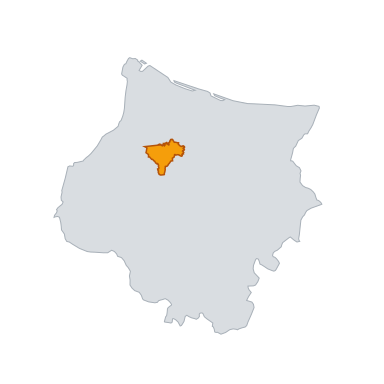 N'Zi, N'zi-Comoé, Ivory Coast shown in context, rotated 204°
{"feature_id": "98640826B73875625736421", "entity_name": "N'Zi", "entity_type": "district", "adm_level": 2, "iso_a3": "CIV", "parent_name": "Ivory Coast", "parent_adm1": "N'zi-Comoé", "projection": "albers", "projection_center": [-4.64, 7.021], "detail": "fine", "context": "in_parent", "style": "filled", "palette": "amber", "viewbox_px": 384, "rotation_deg": 204, "n_neighbors": 0, "source": "geoboundaries", "source_scale": "gbopen_adm2", "svg_char_len": 8204}
<svg xmlns="http://www.w3.org/2000/svg" viewBox="0 0 384 384"><g transform="rotate(204 192 192)"><path d="M94.4,84.6L95.6,84.6L98.7,83.7L101.5,81.6L104.2,77.3L107.7,73.9L111.7,74.2L112.9,73.5L114.3,73.4L115.9,75.7L117.6,77.4L118.8,77.5L119.7,80.8L126.9,82.2L130.0,83.1L132.7,85.5L133.6,85.6L134.7,85.1L135.5,84.3L135.7,83.4L134.6,81.2L135.1,79.2L136.3,77.5L138.2,77.4L141.0,76.9L144.2,76.9L146.6,77.3L147.6,75.5L146.7,70.6L147.0,67.9L147.4,65.7L148.3,64.8L151.9,67.6L155.2,68.7L157.5,68.8L158.2,68.2L157.2,65.1L157.5,64.2L158.3,63.6L159.9,63.3L164.1,62.1L164.5,62.3L165.3,67.2L164.9,68.8L165.8,72.2L166.9,75.3L166.8,76.5L165.9,78.4L164.8,80.2L164.9,80.9L166.6,82.1L169.8,83.4L173.1,83.7L175.0,81.9L176.9,80.4L178.3,79.1L178.7,77.2L180.8,75.7L186.9,74.0L192.4,73.7L193.7,74.3L196.2,77.0L199.4,78.9L204.2,78.6L207.7,79.8L210.8,81.8L212.8,86.5L215.0,89.8L216.0,94.5L219.5,97.0L222.2,98.2L226.0,101.6L229.8,103.4L233.8,103.0L235.7,104.8L238.7,106.1L241.7,106.1L244.3,102.2L247.8,100.6L256.5,97.4L260.0,96.0L263.5,95.0L271.9,94.7L279.8,95.7L283.7,96.4L286.3,95.9L288.9,97.8L291.5,101.7L293.6,103.0L295.8,104.3L297.5,107.5L299.4,110.6L300.4,111.9L302.8,115.0L304.8,115.0L306.8,113.7L307.7,112.7L308.1,114.7L307.3,118.0L307.5,120.0L308.6,120.8L308.0,123.4L305.7,127.9L305.7,130.5L308.0,131.3L309.6,134.1L310.6,138.9L311.6,140.5L311.7,141.4L313.4,153.0L315.6,164.6L314.3,166.1L312.5,166.6L311.3,167.1L311.0,168.2L311.7,169.8L311.2,171.2L309.0,172.3L304.1,176.0L303.8,177.4L302.5,180.6L301.4,182.5L299.9,186.1L297.3,195.5L296.4,203.3L296.3,205.7L295.3,207.4L294.2,209.8L288.9,216.5L286.2,222.0L286.6,224.3L286.7,226.7L285.9,228.4L286.1,233.0L286.7,236.9L287.7,240.7L291.6,251.4L293.6,257.9L294.9,263.2L296.0,266.7L297.0,268.1L297.5,269.5L303.2,270.4L304.3,271.2L305.9,278.0L305.7,281.1L304.6,282.3L304.6,284.9L304.3,288.2L303.5,289.4L300.3,289.6L298.1,290.9L295.2,290.4L295.0,289.6L293.4,289.3L289.1,287.5L289.8,281.5L287.9,281.3L286.3,282.1L283.3,289.2L281.9,290.4L260.6,286.8L256.0,283.8L250.4,283.2L240.8,283.5L232.8,284.4L230.5,286.2L250.6,285.1L252.8,285.3L253.8,286.4L228.4,288.8L218.7,290.2L215.8,289.8L213.7,287.5L203.1,287.2L201.0,288.0L199.7,289.7L203.8,289.3L210.4,289.2L212.1,290.5L191.6,292.1L177.4,295.3L171.4,297.7L151.5,305.4L139.4,309.0L136.3,310.4L130.7,314.2L123.7,316.5L115.7,321.0L110.8,321.9L109.8,320.5L109.7,312.9L109.1,302.7L109.4,298.9L110.0,295.2L110.1,292.2L112.5,291.0L113.1,289.8L113.5,285.8L115.8,282.2L115.9,276.0L116.5,274.7L117.1,273.0L116.1,268.9L114.9,261.1L114.3,260.6L113.8,261.0L112.5,261.1L107.5,258.4L103.7,257.9L101.0,255.6L100.9,253.0L99.6,251.4L98.7,248.4L97.4,245.0L93.6,242.8L90.1,242.3L87.5,242.7L84.6,242.6L81.2,241.4L78.9,240.1L76.7,237.5L74.7,235.5L73.0,235.7L71.0,235.2L69.1,234.3L68.4,233.6L76.7,225.6L79.5,221.7L79.9,219.3L79.9,216.8L80.8,214.4L81.1,210.6L76.6,196.7L75.5,192.5L74.3,191.2L73.5,190.7L75.8,189.0L79.0,189.5L83.9,190.9L84.9,189.5L88.6,182.6L88.5,180.0L88.2,178.2L90.4,173.5L92.1,171.6L93.0,169.6L92.7,166.9L91.5,165.9L89.8,166.1L87.7,165.4L84.7,163.8L83.1,162.4L83.6,156.1L83.9,154.2L85.0,153.0L86.7,152.8L91.5,152.6L95.4,153.3L98.8,153.8L100.6,153.8L102.1,155.7L104.0,157.6L105.8,157.6L106.4,156.2L106.0,150.0L104.9,146.7L102.3,143.5L95.6,140.7L95.4,136.9L96.1,132.9L97.6,131.3L102.6,128.8L101.8,127.4L100.2,125.9L97.0,124.3L97.8,119.4L98.0,115.1L95.3,115.5L92.5,115.8L90.2,114.4L88.3,111.7L88.0,104.4L88.0,96.0L87.7,92.3L88.5,90.3L90.8,88.5L93.4,86.1L94.4,84.6ZM292.5,290.5L291.4,292.1L286.0,291.1L287.3,289.7L292.5,290.5Z" fill="#d9dde1" stroke="#a8b0b8" stroke-width="1"/><path d="M224.3,231.5L224.5,231.5L224.8,231.3L225.2,231.2L225.4,231.1L225.8,231.0L226.6,230.9L227.4,230.7L227.7,230.6L227.9,230.4L228.3,230.2L228.8,230.4L229.3,230.9L229.6,231.0L230.0,231.2L230.3,231.3L230.6,231.8L230.9,231.9L231.1,232.0L231.5,232.1L232.1,231.8L232.4,231.6L232.8,231.3L232.9,231.2L232.8,230.8L232.5,230.5L232.5,230.3L232.5,230.1L233.1,229.5L233.1,229.4L232.9,229.3L232.9,229.2L232.8,228.5L232.7,228.4L232.7,228.2L232.9,228.1L233.1,227.8L233.3,227.5L233.3,227.3L233.3,227.1L233.2,226.9L233.0,226.7L232.7,226.4L232.5,226.0L232.2,225.8L232.2,225.7L232.4,225.5L232.8,225.5L233.0,225.7L233.2,225.8L233.4,226.1L233.6,226.0L233.7,226.4L233.9,226.5L234.0,226.5L234.1,226.4L234.3,226.0L234.4,225.8L234.6,225.8L234.8,226.1L234.9,226.3L234.9,226.5L235.0,226.6L235.0,226.9L235.1,227.0L235.4,226.9L235.5,226.7L235.6,226.1L235.4,225.7L235.5,225.5L235.8,225.7L235.7,225.8L235.8,225.9L236.1,225.9L236.3,225.5L236.3,225.1L236.3,224.9L236.6,224.7L236.8,224.7L237.0,225.0L237.4,225.3L237.6,225.5L237.5,225.2L237.3,225.0L237.2,224.6L237.3,224.6L237.6,224.7L237.9,224.6L237.8,224.4L237.7,224.3L237.5,224.2L237.2,224.1L236.5,224.1L236.3,224.0L236.0,223.8L236.0,223.7L235.8,223.5L235.9,223.4L235.9,223.2L236.0,223.0L236.3,223.4L236.4,223.5L236.6,223.5L236.8,223.4L237.1,223.5L237.5,223.6L237.8,223.3L237.7,223.1L237.6,222.9L237.8,222.7L238.0,222.5L237.9,222.4L237.7,222.5L237.8,222.3L237.8,222.2L238.3,222.2L238.5,222.4L238.6,222.2L238.9,222.1L239.0,222.2L239.4,222.5L239.7,222.7L239.9,222.8L240.0,222.7L240.0,222.4L240.3,222.2L240.7,222.2L240.9,222.5L241.1,222.5L241.3,222.4L241.4,222.2L241.6,222.0L241.6,221.9L241.9,221.6L242.0,221.5L241.9,221.3L241.8,221.2L241.7,221.2L253.7,214.2L251.4,214.1L251.3,213.8L251.0,213.6L251.0,213.3L250.9,213.0L250.3,210.7L250.2,210.5L250.2,210.2L250.1,209.7L250.0,209.2L249.9,209.2L247.0,208.5L246.0,206.3L245.7,206.5L245.4,206.7L245.1,206.6L244.9,206.7L244.7,206.6L242.8,205.7L242.2,205.4L241.7,205.7L241.4,205.6L241.1,205.7L240.1,205.3L239.7,205.1L239.3,205.0L239.0,205.0L239.0,204.9L238.7,204.9L237.4,204.1L237.2,203.8L236.9,203.7L236.7,203.7L236.4,203.7L235.8,203.7L235.7,203.6L235.6,203.8L235.4,203.9L235.2,204.0L234.9,203.9L234.6,203.8L234.6,203.6L234.3,203.4L234.2,203.4L234.2,203.2L233.7,203.1L233.3,202.7L233.3,202.4L233.1,201.7L232.2,200.8L232.1,200.5L232.1,200.3L231.9,199.9L231.9,199.7L232.1,199.3L232.4,199.3L232.6,199.2L232.8,199.1L232.7,198.9L232.4,198.5L232.3,198.4L232.2,198.2L231.9,198.1L231.6,197.7L231.3,197.7L231.2,197.6L231.1,197.4L231.0,196.8L231.0,196.5L230.9,196.3L230.5,196.0L230.2,195.6L229.8,195.4L229.6,195.3L229.6,195.2L229.3,194.8L229.2,194.7L228.4,194.7L228.2,194.8L227.9,194.7L227.4,194.8L224.5,196.5L224.4,196.8L224.5,197.0L224.9,197.7L224.9,198.4L225.0,199.0L225.1,199.6L225.2,200.1L225.3,200.5L225.6,201.6L225.9,202.2L226.2,202.6L226.3,203.0L226.3,203.6L226.8,204.4L226.8,204.5L225.4,205.3L225.1,205.8L225.0,206.1L224.9,206.3L224.9,206.7L224.8,207.0L224.9,207.3L224.8,207.6L224.8,207.9L224.5,208.6L224.2,209.8L224.0,211.5L223.8,211.6L223.6,211.7L223.5,212.0L222.4,212.6L223.7,214.9L223.7,215.0L223.3,215.4L223.0,215.8L222.8,216.2L222.6,216.4L222.6,216.5L222.6,216.8L222.7,217.0L222.8,217.4L222.8,217.6L222.7,217.7L222.7,218.2L222.8,218.4L222.9,218.7L223.1,218.8L223.1,219.1L222.6,219.3L222.4,219.4L222.2,219.3L222.0,219.1L221.0,219.7L220.9,219.9L220.7,220.1L219.8,220.4L219.3,220.6L219.1,220.5L218.9,220.6L218.5,220.4L217.9,220.4L217.0,220.3L216.9,220.3L216.3,220.4L216.0,220.5L215.9,220.6L216.0,220.8L215.8,221.0L215.7,221.3L215.8,221.4L216.0,221.5L216.3,221.6L216.5,221.5L216.2,221.9L216.1,222.1L216.4,222.1L216.4,222.3L216.2,222.4L216.3,222.6L216.3,222.9L216.2,222.9L216.2,223.2L216.1,223.4L216.0,223.6L216.0,223.9L215.6,223.8L215.8,224.2L215.8,224.3L215.7,224.3L215.6,224.6L215.8,224.7L215.9,224.9L216.1,225.1L216.3,225.3L216.8,225.5L217.0,225.5L217.3,225.5L217.3,225.9L217.3,226.0L217.2,226.2L217.1,226.3L217.1,226.2L216.9,226.3L216.7,226.4L216.7,226.6L216.7,226.8L216.4,226.8L216.3,227.0L216.5,227.1L216.3,227.4L216.3,227.5L216.3,227.8L216.7,227.9L217.0,228.1L217.1,228.5L217.3,228.5L217.2,228.6L217.3,228.8L217.6,228.7L217.6,228.8L217.7,229.0L217.7,229.3L217.8,229.5L217.7,229.7L217.4,229.4L217.2,229.2L217.1,229.3L217.0,229.9L217.1,230.0L217.4,230.4L217.7,230.4L217.9,230.5L218.1,230.5L218.4,230.5L218.5,230.6L218.9,230.6L219.1,230.4L218.7,230.5L218.6,230.4L218.7,230.0L218.7,229.9L218.9,229.9L219.4,230.0L219.7,229.9L220.0,229.6L220.0,229.4L220.5,229.2L220.8,229.2L221.2,229.2L221.4,229.2L221.9,229.4L222.1,229.5L222.4,229.5L223.8,230.1L224.0,230.2L223.9,230.4L223.9,230.5L224.1,230.8L224.4,230.9L224.5,231.0L224.3,231.4L224.3,231.5Z" fill="#f59e0b" stroke="#b45309" stroke-width="1.5"/></g></svg>